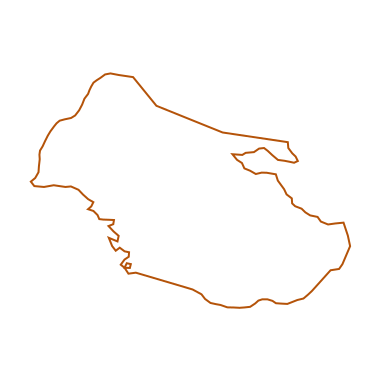 Porto de Pedras, Alagoas, Brazil, rotated 184°
{"feature_id": "56859067B20815051072024", "entity_name": "Porto de Pedras", "entity_type": "district", "adm_level": 2, "iso_a3": "BRA", "parent_name": "Brazil", "parent_adm1": "Alagoas", "projection": "orthographic", "projection_center": [-35.401, -9.149], "detail": "fine", "context": "isolated", "style": "outline", "palette": "amber", "viewbox_px": 384, "rotation_deg": 184, "n_neighbors": 0, "source": "geoboundaries", "source_scale": "gbopen_adm2", "svg_char_len": 1805}
<svg xmlns="http://www.w3.org/2000/svg" viewBox="0 0 384 384"><g transform="rotate(184 192 192)"><path d="M324.0,188.6L318.6,188.2L313.2,189.1L305.4,186.3L300.6,181.9L295.1,177.6L289.7,175.0L291.5,170.6L294.5,167.6L289.0,166.2L284.6,162.4L282.6,158.5L278.6,158.3L272.8,158.5L267.9,158.6L268.3,154.4L272.9,152.2L267.5,147.2L262.1,143.1L262.9,137.5L271.8,140.5L267.9,132.5L264.0,128.1L260.2,131.4L255.1,128.1L250.6,127.5L250.6,123.0L254.6,119.9L258.0,114.5L254.0,111.7L249.7,106.1L242.4,107.6L184.6,94.8L175.4,90.6L171.5,86.2L165.8,82.6L160.4,81.8L155.7,81.3L148.7,79.4L142.2,79.7L136.5,79.8L131.6,80.5L126.0,81.5L121.2,85.2L118.2,88.3L114.5,89.8L109.3,90.2L104.1,89.0L100.5,86.9L95.1,86.9L89.1,87.0L84.0,89.4L79.4,91.6L73.4,93.5L69.1,97.7L65.4,101.7L48.3,123.6L39.9,125.5L36.9,130.5L30.5,149.0L33.5,159.4L38.7,172.0L46.9,170.6L54.0,169.1L61.4,171.5L65.0,175.9L72.5,176.9L77.5,179.6L81.5,183.0L88.1,185.0L91.3,187.6L92.0,192.6L97.5,196.2L100.3,201.2L107.2,209.4L109.6,215.5L118.8,216.4L123.8,216.2L129.6,214.4L135.6,217.3L141.4,219.2L144.2,224.4L149.3,227.2L154.3,232.5L144.4,232.5L141.2,234.8L133.0,236.1L128.1,240.0L123.2,240.9L119.3,238.3L114.5,234.4L108.5,230.0L102.0,229.6L97.1,229.0L92.2,228.3L88.6,230.3L91.1,234.6L94.7,237.6L99.0,242.6L99.9,248.4L165.6,253.5L233.5,275.5L258.8,302.5L273.2,303.6L281.6,304.6L286.9,303.2L291.4,299.4L294.9,296.8L297.9,294.2L299.9,290.2L301.4,286.4L302.5,282.6L305.8,277.6L307.7,271.5L310.3,265.6L313.9,260.2L317.8,257.4L324.1,255.6L329.0,253.9L331.9,251.1L334.2,247.8L337.5,242.6L339.8,238.1L342.1,232.6L344.2,227.1L346.5,222.7L346.8,218.6L346.2,214.1L346.5,206.9L346.5,201.0L349.4,195.0L353.5,191.1L349.7,186.9L340.0,186.7L330.4,189.1L324.0,188.6ZM254.0,111.7L252.1,116.4L248.0,115.8L248.7,111.9L254.0,111.7Z" fill="none" stroke="#b45309" stroke-width="2"/></g></svg>